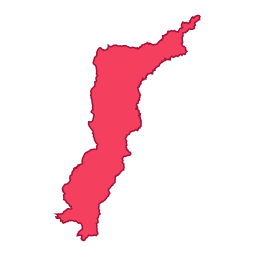 El Carmen, Norte de Santander, Colombia (Albers equal-area conic projection)
{"feature_id": "7082276B17655587109293", "entity_name": "El Carmen", "entity_type": "district", "adm_level": 2, "iso_a3": "COL", "parent_name": "Colombia", "parent_adm1": "Norte de Santander", "projection": "albers", "projection_center": [-73.319, 8.847], "detail": "fine", "context": "isolated", "style": "filled", "palette": "rose", "viewbox_px": 256, "rotation_deg": 0, "n_neighbors": 0, "source": "geoboundaries", "source_scale": "gbopen_adm2", "svg_char_len": 5702}
<svg xmlns="http://www.w3.org/2000/svg" viewBox="0 0 256 256"><path d="M77.3,235.7L79.2,235.2L81.7,235.4L81.9,236.3L81.2,238.7L81.7,239.0L81.9,239.7L82.3,239.6L83.2,240.6L84.8,240.1L85.5,238.2L86.9,237.6L88.8,235.1L90.4,235.7L93.2,235.5L94.1,235.0L96.2,235.6L97.6,234.1L97.9,233.4L97.0,231.1L97.0,228.4L96.6,227.4L97.0,225.9L96.4,223.6L98.0,222.6L98.1,221.5L97.4,218.7L98.2,217.5L98.9,214.8L100.2,213.9L99.2,212.6L99.4,210.2L98.5,208.6L99.0,206.3L98.8,204.2L101.7,201.9L102.9,201.7L103.4,201.0L104.7,200.2L106.3,198.4L107.1,196.9L108.5,195.9L108.9,194.2L109.6,193.8L109.8,193.1L108.5,190.9L108.7,190.0L108.3,189.4L109.3,188.7L111.4,186.2L111.5,185.7L112.6,185.3L113.3,183.8L115.0,182.3L115.2,176.4L116.0,176.3L116.1,175.6L117.0,175.5L117.9,174.7L118.1,175.0L120.4,172.6L120.9,171.6L122.5,170.2L123.7,169.8L123.5,169.2L124.1,167.4L123.7,166.1L123.8,163.9L122.8,163.2L122.3,162.3L123.0,160.4L122.3,158.8L123.5,156.8L123.9,156.3L125.6,156.4L127.7,155.4L129.4,155.3L130.6,154.6L130.7,153.2L130.4,152.5L129.0,152.0L127.6,150.0L126.7,149.5L126.7,148.0L126.1,147.5L126.0,146.9L126.2,145.9L126.9,145.2L126.2,142.2L126.8,141.2L125.5,139.2L125.5,138.1L126.7,136.7L126.6,135.3L129.1,134.3L130.4,132.0L132.6,131.1L134.1,130.9L135.6,129.6L137.3,130.5L137.7,129.8L138.3,129.6L138.0,129.0L138.7,127.9L139.9,128.0L140.4,126.5L141.0,126.2L141.1,121.1L140.6,120.9L140.9,120.1L140.3,118.7L140.4,118.0L139.8,117.6L140.0,115.9L139.0,115.9L138.9,115.3L139.4,114.6L140.0,114.8L140.4,113.8L138.9,112.8L139.1,111.0L137.9,110.0L137.8,108.9L136.0,109.0L136.3,107.9L137.2,108.0L137.6,107.1L136.4,105.1L136.9,103.4L138.0,103.3L138.4,100.6L139.6,100.0L139.2,98.3L139.9,97.2L139.8,96.0L140.5,95.2L139.0,92.1L137.7,87.9L137.8,87.3L139.0,87.1L139.4,86.1L139.2,85.3L140.0,85.0L140.1,84.3L141.1,83.7L141.1,83.3L140.4,82.9L140.5,82.3L141.8,81.0L142.8,78.6L143.3,79.1L143.3,79.8L143.9,79.7L144.3,78.8L145.6,78.9L145.4,78.5L145.8,77.7L146.4,77.5L146.1,76.0L147.1,75.2L147.6,73.9L148.6,74.0L151.6,72.8L151.8,73.8L152.5,73.9L153.0,70.5L153.7,70.7L155.0,70.1L154.4,69.0L155.3,68.5L156.1,67.2L156.8,67.2L157.3,66.6L159.1,65.9L159.5,64.6L160.5,63.1L162.1,62.4L162.0,61.3L163.3,61.5L163.9,61.0L164.2,60.3L165.5,60.3L165.0,58.7L167.2,59.6L168.7,59.3L168.9,59.8L170.4,59.8L170.0,57.9L170.7,57.5L171.7,56.2L173.1,57.2L173.8,57.3L176.2,55.8L177.9,56.5L180.2,54.5L181.0,54.5L182.0,55.3L182.6,54.1L183.8,53.9L184.6,54.4L185.1,54.3L185.7,52.5L187.0,51.3L185.8,50.4L185.5,47.9L184.1,46.6L182.8,46.2L181.5,43.7L182.2,43.2L182.8,42.2L182.4,41.6L182.5,41.0L182.1,40.0L182.4,38.0L182.1,37.4L182.4,36.5L183.0,36.1L182.8,33.1L184.7,32.5L185.8,32.6L186.3,31.6L187.3,31.2L189.2,28.9L190.2,28.9L191.0,29.4L193.1,29.0L194.2,28.4L194.5,27.8L193.9,26.4L195.4,25.1L194.6,23.4L194.8,22.8L198.4,20.0L199.6,19.6L199.2,19.1L200.0,16.7L199.3,15.7L198.0,15.4L195.4,16.3L193.9,18.2L193.4,18.0L193.0,16.8L191.7,17.7L190.5,20.7L189.7,21.0L190.2,22.2L190.0,22.6L189.2,22.6L188.1,23.6L187.5,23.4L187.4,23.0L186.5,22.5L185.0,22.6L184.7,23.2L182.9,22.1L182.0,23.5L181.5,25.3L181.6,26.6L182.5,27.5L181.4,28.5L180.4,28.2L179.4,29.3L178.3,31.9L175.9,31.5L174.4,30.5L173.7,31.1L172.4,31.0L171.4,30.5L170.2,31.5L168.2,31.2L167.9,31.5L168.2,32.0L167.6,32.4L167.5,33.6L166.8,33.9L166.5,34.5L165.7,34.4L165.4,35.0L164.7,35.0L163.6,35.9L162.6,35.8L162.6,36.9L163.1,38.2L161.2,39.8L161.5,40.4L160.2,40.5L158.0,42.7L157.7,43.5L156.4,44.3L152.5,44.8L151.0,43.8L150.1,43.6L149.7,44.0L149.2,43.2L148.9,43.2L148.9,43.7L148.5,44.0L147.2,42.7L147.0,43.4L145.2,43.7L144.5,44.6L143.2,44.6L141.8,45.3L140.7,47.1L140.0,46.8L139.0,48.4L137.9,49.0L137.6,47.9L136.8,48.4L136.3,47.9L135.1,48.1L134.1,47.5L132.3,47.3L130.5,47.9L125.4,45.6L122.5,45.9L121.5,46.5L120.3,45.8L119.0,46.2L118.2,46.0L115.7,45.0L114.9,45.5L113.9,45.2L112.4,46.2L111.0,46.7L109.3,46.3L108.3,45.4L108.4,46.8L107.7,49.0L106.4,49.4L105.7,50.2L105.0,50.4L102.2,49.4L100.8,48.0L100.1,47.7L99.1,48.2L97.7,50.0L96.8,52.4L96.7,55.5L94.5,57.7L93.2,63.1L93.8,64.1L95.2,65.0L96.1,66.6L96.7,71.1L96.5,74.3L97.6,75.8L96.4,77.0L95.9,78.2L96.5,81.0L95.9,81.6L95.0,81.7L94.7,82.2L95.1,82.7L94.9,85.7L92.1,88.9L91.5,89.1L90.7,91.9L91.4,92.7L90.6,95.4L91.3,96.2L91.1,97.9L91.9,99.5L92.1,102.6L92.8,105.3L92.5,107.8L93.0,109.5L91.5,110.9L91.2,111.9L94.1,114.6L92.9,120.2L92.3,121.2L91.4,122.0L88.7,121.8L88.5,123.8L89.2,126.0L90.1,126.7L90.2,127.6L93.1,131.1L93.0,132.8L92.6,133.4L93.4,133.9L93.6,135.2L93.4,136.6L94.3,137.8L94.4,139.7L96.3,143.2L97.6,144.0L97.6,144.6L96.6,146.3L96.9,148.4L96.5,149.3L94.3,149.2L90.5,149.8L89.5,151.1L88.2,151.4L87.2,152.5L86.8,152.2L85.9,152.6L84.9,153.7L82.7,158.3L82.0,161.2L82.6,163.3L81.0,164.6L80.7,164.3L80.0,164.5L79.1,165.6L78.7,164.9L78.1,165.0L78.1,165.8L77.3,166.5L77.5,166.9L77.2,167.5L76.9,167.4L77.0,167.7L76.3,168.1L75.7,167.7L75.0,168.2L74.8,167.9L74.3,168.1L74.3,168.5L73.7,169.0L73.8,170.4L73.1,170.8L72.0,172.5L72.0,174.0L71.6,174.9L70.1,175.8L69.8,178.8L70.5,179.2L70.1,180.8L68.9,182.5L66.7,184.2L64.9,184.4L63.2,186.8L62.4,188.8L62.8,189.1L62.7,190.6L63.2,191.2L63.0,191.6L65.0,193.5L63.6,195.0L64.0,197.8L63.7,199.6L65.7,200.4L66.4,202.4L69.0,204.1L69.8,206.1L70.9,206.1L71.2,206.9L71.0,207.3L71.7,208.5L70.6,209.2L68.5,208.7L67.5,208.8L66.8,209.7L65.6,210.4L65.6,210.8L63.8,211.5L63.6,212.7L61.8,214.1L60.9,213.9L59.4,214.3L58.5,213.9L58.4,214.2L56.4,214.2L57.1,214.6L58.2,216.5L56.7,217.1L56.0,216.9L56.4,217.9L56.9,218.2L58.5,218.4L59.2,218.0L60.1,218.1L60.7,219.4L60.6,221.1L62.3,220.9L62.6,222.6L63.5,223.1L64.0,222.6L65.0,222.6L65.8,221.9L68.1,221.4L69.8,220.2L70.5,220.7L72.3,220.5L74.5,221.2L76.0,221.1L77.0,221.6L77.8,222.7L78.7,223.3L80.1,222.9L80.9,223.2L82.2,225.9L82.4,229.0L78.5,232.1L78.4,233.5L77.5,234.1L77.3,235.7Z" fill="#f43f5e" stroke="#9f1239" stroke-width="1.5"/></svg>